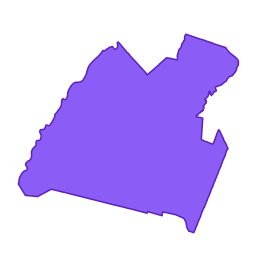 La Gomera, Escuintla, Guatemala (Equal Earth projection), rotated 5°
{"feature_id": "79465075B56387033973668", "entity_name": "La Gomera", "entity_type": "district", "adm_level": 2, "iso_a3": "GTM", "parent_name": "Guatemala", "parent_adm1": "Escuintla", "projection": "equal_earth", "projection_center": [-91.137, 14.084], "detail": "fine", "context": "isolated", "style": "filled", "palette": "violet", "viewbox_px": 256, "rotation_deg": 5, "n_neighbors": 0, "source": "geoboundaries", "source_scale": "gbopen_adm2", "svg_char_len": 5413}
<svg xmlns="http://www.w3.org/2000/svg" viewBox="0 0 256 256"><g transform="rotate(5 128 128)"><path d="M219.9,41.4L218.2,39.3L205.5,36.5L204.9,36.0L197.9,34.5L197.3,34.1L191.1,32.9L177.6,29.5L176.6,31.3L176.6,35.6L176.1,35.9L175.8,37.1L174.4,39.4L173.7,43.3L171.7,45.9L171.6,47.9L170.9,50.3L170.8,52.2L171.4,54.1L170.7,55.8L161.9,54.7L160.1,54.8L154.8,60.5L154.8,60.9L154.0,61.2L153.1,62.5L142.6,73.3L139.9,70.5L139.0,69.7L138.5,69.3L137.3,68.1L124.0,56.0L121.6,53.4L120.8,53.0L111.0,43.3L110.4,43.4L109.9,43.9L109.9,44.6L110.1,45.1L110.4,45.8L110.5,46.7L110.5,47.1L110.4,47.9L110.3,48.5L110.2,48.9L110.0,49.3L109.7,49.7L109.4,50.0L108.9,50.5L108.5,50.7L107.9,50.7L107.4,50.5L107.1,50.2L106.7,49.5L106.1,48.9L105.9,48.6L105.2,48.2L104.8,48.2L104.5,48.5L103.9,48.9L103.5,49.0L103.0,49.1L102.5,49.2L102.1,49.6L101.8,49.9L101.2,50.5L100.8,50.7L100.4,51.0L99.8,51.4L99.3,51.8L99.1,52.1L98.8,52.4L98.2,53.0L97.6,53.2L97.2,53.2L96.8,53.2L96.3,52.9L95.9,53.7L95.2,54.7L94.3,56.3L91.8,59.5L89.7,61.8L88.0,63.6L87.1,64.8L86.1,66.1L85.1,67.3L84.1,68.8L83.6,70.0L83.0,71.5L82.6,73.3L82.1,75.2L81.9,77.1L81.5,78.6L81.3,79.3L80.0,82.2L79.4,83.5L79.0,84.3L78.3,85.0L77.7,85.5L76.8,86.0L75.6,86.5L74.7,86.8L73.6,86.9L72.8,86.9L71.8,87.1L71.0,87.4L70.5,87.7L70.0,88.2L69.1,89.1L68.0,90.4L67.4,91.4L66.7,92.9L66.5,93.3L66.2,94.1L65.7,95.1L65.3,96.2L65.1,97.2L64.9,98.4L64.9,99.4L64.9,100.8L64.7,101.7L64.7,102.2L64.5,103.1L64.3,103.7L64.0,104.2L63.7,104.6L63.3,105.0L62.6,105.2L62.2,105.2L61.9,105.1L61.3,104.7L60.7,104.6L60.4,104.6L60.0,105.0L59.7,105.8L59.6,106.3L59.6,107.3L59.6,108.3L59.6,109.4L59.6,110.4L59.5,111.2L59.3,112.1L58.6,113.7L58.0,114.8L57.3,115.9L56.5,117.1L55.7,118.6L55.1,119.4L54.5,120.1L54.2,120.5L54.1,120.9L54.0,121.4L54.0,121.9L54.1,122.5L54.1,123.0L53.7,124.2L53.1,125.6L52.5,126.9L52.2,127.7L51.8,128.5L51.5,129.2L50.8,130.3L50.4,131.2L50.0,131.8L49.7,132.2L49.3,132.5L48.8,132.5L48.3,132.4L47.9,132.4L47.3,132.3L46.7,132.1L46.2,132.2L45.8,132.8L45.7,133.2L45.6,133.9L45.4,134.8L45.1,135.6L44.8,136.1L44.5,136.5L44.1,136.7L43.7,136.8L43.3,136.9L42.7,137.1L42.2,137.1L41.7,137.2L41.0,137.4L40.6,137.9L40.4,138.7L40.5,139.5L40.6,139.9L41.0,140.7L41.3,141.3L41.7,141.9L42.0,142.4L42.1,142.9L42.2,144.1L42.2,144.7L42.1,145.5L41.9,146.5L41.7,147.2L41.4,147.6L41.0,147.9L40.3,148.1L39.6,148.2L39.0,148.3L38.5,148.5L38.1,148.8L37.9,149.1L37.7,149.9L37.7,150.9L37.8,151.6L37.9,152.2L37.9,152.7L37.8,153.1L37.5,153.8L37.2,154.3L36.8,154.7L36.3,155.2L35.8,155.9L35.2,156.6L34.9,157.1L34.6,157.7L34.4,158.3L34.1,159.2L34.0,159.7L34.0,160.1L34.0,160.6L34.0,161.1L34.1,161.8L34.2,162.3L34.3,162.9L34.4,163.5L34.4,164.2L34.4,165.1L34.3,165.6L34.1,166.6L34.0,167.1L33.8,167.5L33.5,167.8L33.1,168.4L32.5,168.9L32.1,169.2L31.6,169.4L31.0,170.0L30.5,170.5L29.7,171.5L29.2,172.4L29.2,173.2L29.3,173.8L29.6,174.2L29.9,174.6L30.3,175.2L30.6,175.7L30.9,176.2L31.1,176.7L31.2,177.2L31.2,177.8L31.0,178.4L30.5,178.9L30.2,179.1L29.7,179.3L29.2,179.6L28.6,179.9L28.0,180.2L27.6,180.6L26.9,181.6L26.3,182.4L25.6,183.8L25.1,185.1L24.7,186.0L24.4,186.7L24.3,187.3L24.1,188.1L24.0,188.7L24.0,189.4L24.0,190.5L24.0,191.1L23.9,191.9L23.9,192.4L23.8,192.9L23.6,193.3L31.7,204.1L37.9,204.1L43.9,204.2L47.5,201.8L52.5,198.6L56.8,195.7L57.8,195.8L66.3,197.1L69.7,197.7L70.2,197.6L74.7,198.4L77.0,198.8L79.0,199.1L84.2,199.9L96.4,201.9L99.2,202.3L111.0,204.2L122.4,206.1L125.3,206.4L135.5,208.1L138.0,208.4L151.5,210.7L154.4,211.2L154.5,211.1L155.0,209.5L156.5,209.9L159.3,210.4L169.4,212.4L169.6,212.2L169.7,210.5L169.9,208.6L170.6,208.6L183.0,210.2L185.9,211.2L189.2,212.3L190.9,213.0L191.8,213.5L192.6,214.6L192.8,214.8L192.9,215.3L193.3,215.8L194.0,217.2L194.8,220.0L195.0,221.0L195.3,221.9L196.1,223.3L197.4,225.3L197.7,225.4L198.0,225.5L199.5,225.8L200.6,226.0L201.2,226.2L202.6,226.5L202.9,225.6L204.0,222.8L204.3,220.8L205.5,218.0L205.5,217.1L208.1,209.3L208.2,208.1L209.5,204.0L210.2,201.1L210.9,200.8L211.3,198.8L211.9,197.5L212.3,195.4L213.1,193.4L213.5,191.3L214.6,188.4L216.8,180.6L217.7,178.4L218.4,175.2L219.5,172.3L219.6,171.3L220.5,169.1L220.5,168.1L221.3,166.3L222.5,161.6L223.8,158.2L225.1,152.9L227.1,147.2L227.9,143.1L228.7,141.0L229.3,140.4L229.3,139.7L226.6,134.7L224.5,131.8L224.0,130.3L222.2,127.3L220.7,125.0L220.3,123.7L218.6,121.9L218.0,122.8L215.0,133.8L213.9,136.6L213.2,136.7L208.2,135.0L205.7,134.5L202.6,133.3L202.0,132.6L201.6,111.8L199.2,111.2L195.0,111.0L195.1,110.4L195.1,110.0L195.2,109.3L195.7,109.0L196.3,109.0L196.6,108.9L196.9,108.3L197.1,107.7L197.3,107.0L197.7,106.7L198.2,106.7L198.6,106.5L198.9,106.0L199.2,105.4L199.4,105.0L199.8,104.9L200.2,105.2L200.6,104.8L200.7,104.1L201.2,103.9L201.4,103.5L201.5,103.0L201.6,102.2L201.9,101.7L202.0,101.0L201.8,100.6L201.3,100.2L201.4,99.3L201.9,98.7L202.3,98.1L202.7,97.4L202.9,97.0L203.6,96.4L203.6,95.8L203.7,95.0L203.8,94.3L203.6,93.9L203.0,94.0L202.6,93.8L202.3,93.3L202.3,92.6L202.7,92.2L203.1,92.0L203.4,91.5L203.9,90.9L204.0,90.3L204.3,89.9L204.7,89.7L205.0,89.3L205.1,88.5L205.5,86.6L205.5,84.9L206.0,84.3L206.9,85.3L206.8,86.7L208.1,88.3L209.4,86.9L210.4,84.7L212.3,83.9L212.6,83.4L212.6,82.4L211.7,81.2L211.7,79.9L212.1,79.2L217.1,77.1L217.8,76.3L220.2,73.9L221.4,73.1L221.9,72.4L222.4,71.2L222.8,70.3L224.6,68.0L227.4,66.8L229.9,63.0L230.6,61.6L231.3,58.1L232.4,55.5L232.2,51.9L231.4,50.4L228.4,47.8L227.8,47.5L224.6,45.4L224.1,45.1L223.5,44.8L223.0,44.3L221.6,43.1L219.9,41.4Z" fill="#8b5cf6" stroke="#5b21b6" stroke-width="1.5"/></g></svg>